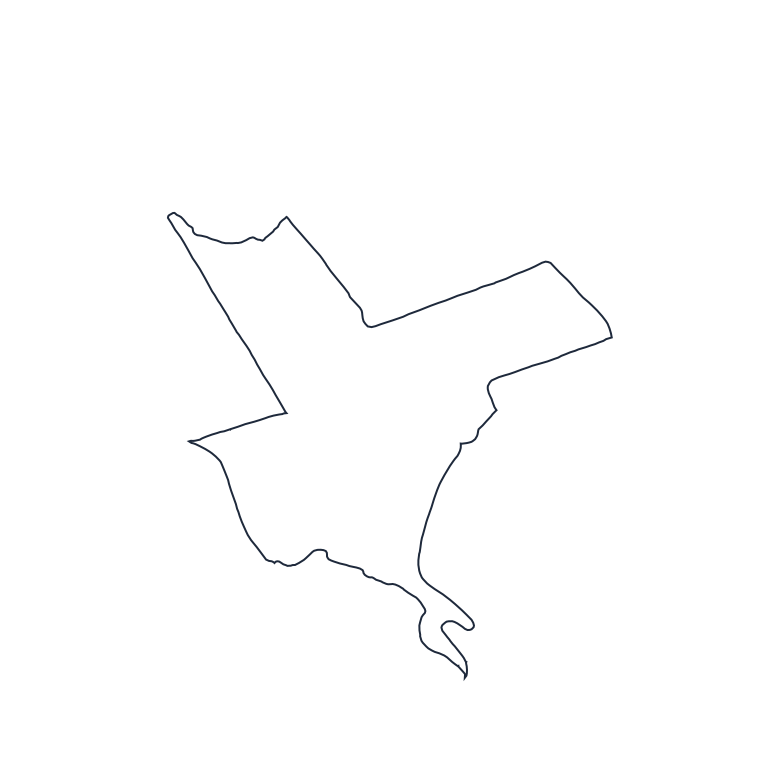 La Ressource, Dennery, Saint Lucia, rotated 137°
{"feature_id": "8701671B86453873223968", "entity_name": "La Ressource", "entity_type": "district", "adm_level": 2, "iso_a3": "LCA", "parent_name": "Saint Lucia", "parent_adm1": "Dennery", "projection": "robinson", "projection_center": [-60.915, 13.943], "detail": "fine", "context": "isolated", "style": "outline", "palette": "slate", "viewbox_px": 768, "rotation_deg": 137, "n_neighbors": 0, "source": "geoboundaries", "source_scale": "gbopen_adm2", "svg_char_len": 5746}
<svg xmlns="http://www.w3.org/2000/svg" viewBox="0 0 768 768"><g transform="rotate(137 384 384)"><path d="M319.6,288.1L319.4,289.5L319.0,291.7L317.2,296.1L315.5,299.8L314.8,302.2L313.6,305.8L311.7,309.3L310.7,310.5L309.4,311.7L307.2,312.4L305.4,313.0L302.9,313.2L299.9,312.2L295.4,310.7L290.2,308.2L285.5,305.8L280.1,303.4L273.3,300.6L266.9,297.7L263.1,296.2L256.5,292.8L249.0,289.0L241.7,285.9L238.6,284.5L235.0,283.6L230.8,281.9L226.0,280.1L221.5,277.9L218.2,276.7L211.1,273.2L206.5,271.2L202.4,269.2L198.2,267.7L194.1,265.9L190.9,265.3L185.7,262.7L184.9,264.0L183.5,266.2L181.2,270.8L179.4,275.5L178.8,278.6L178.2,284.7L178.0,292.4L178.3,299.7L178.6,304.0L179.5,311.6L179.5,317.6L179.1,323.4L178.8,330.8L178.9,336.0L179.2,340.3L179.5,345.6L179.6,352.2L179.6,356.7L179.6,358.9L180.8,361.3L182.4,363.3L185.7,364.9L193.2,367.0L199.0,368.9L206.1,371.6L209.8,373.2L214.8,375.1L217.7,376.0L223.0,377.7L229.2,380.4L233.3,382.2L234.5,382.3L240.0,385.1L244.8,387.6L247.7,388.8L252.5,390.2L260.4,393.8L266.3,396.6L270.1,398.4L274.3,400.0L282.0,403.0L288.7,406.1L296.5,409.4L308.1,413.9L318.4,418.3L324.1,420.1L334.2,424.6L341.9,428.2L345.5,429.9L350.8,432.1L354.3,434.1L356.6,437.2L356.6,440.7L356.2,443.7L354.7,446.6L352.9,449.1L351.3,451.2L350.3,453.0L349.6,456.2L349.6,463.9L349.6,470.6L349.2,471.8L348.1,474.5L347.3,482.4L346.6,494.1L346.0,503.0L345.4,507.1L344.9,510.6L344.6,511.5L343.7,517.6L343.3,521.2L343.2,523.5L343.1,531.1L342.9,535.9L342.7,542.6L342.4,550.6L342.3,556.1L342.1,562.6L341.7,566.9L341.4,568.5L341.2,572.0L341.4,572.7L343.2,572.6L346.7,573.0L350.0,572.9L354.6,571.3L358.9,571.7L361.1,571.1L368.7,571.5L370.1,571.7L371.8,571.7L372.8,571.3L375.2,571.7L376.4,574.0L377.8,575.6L378.7,577.7L379.1,579.3L379.9,580.7L382.8,582.3L386.7,583.2L391.8,584.9L394.7,586.7L395.5,587.6L399.0,590.4L402.6,593.9L403.9,595.1L406.0,598.0L408.3,602.8L410.9,606.9L412.1,609.3L413.3,612.3L416.6,617.2L419.1,620.2L420.0,622.7L419.9,624.9L419.3,626.2L417.7,628.5L417.8,630.2L418.8,633.1L418.9,635.3L418.5,641.1L418.6,644.5L419.1,646.3L420.2,649.0L420.4,651.4L420.6,652.1L421.8,653.0L426.0,654.0L427.3,653.9L428.7,652.9L429.3,649.9L429.8,646.7L431.6,639.1L432.0,635.0L432.6,630.1L433.9,623.8L435.9,615.5L438.2,606.5L439.0,601.0L440.3,593.6L442.8,583.2L445.0,574.7L446.5,569.0L447.2,564.4L448.7,557.7L449.1,554.5L450.5,547.6L451.0,544.9L452.1,539.5L453.1,536.7L454.1,531.8L455.8,524.2L456.3,522.4L456.5,519.0L457.5,513.6L458.6,505.5L459.6,499.9L460.9,495.5L462.0,489.9L463.5,484.8L464.6,479.7L466.3,472.9L467.0,468.7L468.1,461.6L469.4,455.4L470.8,449.8L472.6,441.6L474.2,434.7L475.1,430.9L475.2,429.2L477.5,430.9L478.8,431.3L481.5,433.2L486.3,436.2L490.9,438.6L494.0,439.9L499.5,442.4L504.6,444.9L512.9,449.3L520.1,452.4L527.1,455.7L527.5,455.5L527.8,456.0L533.1,458.4L536.5,460.6L539.4,461.9L544.2,464.3L549.8,466.7L552.7,467.8L554.8,468.5L556.6,468.8L557.2,469.2L560.9,471.4L562.5,472.6L563.9,474.1L565.7,475.0L565.0,472.2L563.9,470.6L562.8,468.5L561.0,463.9L559.1,458.5L557.7,453.5L557.1,450.6L556.5,445.6L556.4,440.2L556.6,438.2L557.7,435.1L559.8,429.5L561.7,424.6L563.5,420.1L565.4,416.8L567.3,412.9L568.5,410.4L571.1,404.4L574.2,397.2L576.5,393.0L577.8,389.6L579.7,385.7L581.9,380.4L583.6,375.6L585.4,370.3L586.6,366.5L587.7,360.5L588.0,356.4L588.3,351.5L589.0,344.9L590.0,336.0L589.6,335.1L588.8,333.1L587.0,330.9L586.1,328.5L586.2,327.8L584.2,327.8L583.4,327.4L582.6,326.8L581.7,325.5L581.1,323.1L580.6,320.8L579.1,318.0L578.7,316.9L577.5,315.9L576.1,314.7L574.3,313.9L572.5,312.3L571.0,311.9L568.2,311.1L562.6,310.0L560.0,309.9L554.6,309.9L550.8,310.0L548.8,309.7L545.8,308.1L543.3,305.9L541.5,303.7L540.5,301.5L540.9,299.6L541.8,298.4L543.3,296.7L543.7,295.6L544.0,293.6L543.0,290.9L541.7,288.3L538.7,282.9L535.0,277.4L533.5,274.5L531.2,271.2L529.4,268.7L527.5,265.5L526.6,262.5L527.0,261.1L527.9,259.7L528.2,257.6L527.7,255.1L526.9,253.2L526.0,252.0L524.7,250.9L524.0,249.4L523.3,246.2L522.0,243.9L520.5,241.1L520.4,240.2L518.7,236.4L517.8,235.0L517.0,234.2L515.2,232.7L514.1,231.9L512.5,229.6L511.0,226.2L509.6,221.1L509.7,220.1L509.0,216.6L508.7,215.0L507.2,209.4L506.1,205.9L506.0,203.4L506.2,199.2L507.0,195.0L507.6,191.7L508.6,189.7L510.2,188.7L513.3,188.4L515.6,187.8L520.1,185.1L522.8,183.3L526.1,179.6L528.6,175.8L529.6,174.9L531.7,170.7L532.1,168.4L532.1,163.2L531.9,160.4L530.7,156.4L529.6,153.5L527.2,149.3L525.1,144.4L524.3,141.1L523.7,134.2L523.1,130.6L522.4,127.1L521.9,127.0L522.3,126.4L522.4,119.9L522.5,117.4L522.7,116.4L525.3,114.0L522.6,114.5L520.7,115.9L518.3,118.3L516.0,121.2L514.8,123.2L513.9,124.5L513.4,124.6L513.6,125.2L512.5,129.1L512.1,131.9L511.7,136.5L511.5,138.9L511.1,143.9L511.1,146.9L510.8,150.6L510.5,152.4L510.3,156.1L510.1,157.8L509.7,162.7L509.6,163.8L508.1,166.7L506.8,167.5L505.5,167.9L502.6,167.8L501.5,167.7L500.3,167.5L498.6,166.4L495.9,164.0L494.7,161.9L493.6,158.9L492.2,152.8L491.8,149.7L490.7,147.1L488.9,145.6L487.2,144.9L484.4,145.0L482.9,146.0L481.6,148.5L480.8,151.8L481.0,159.1L481.3,165.4L482.1,174.5L482.9,181.1L484.4,190.0L486.8,199.5L488.0,205.4L488.5,208.7L488.5,214.6L488.3,216.7L486.8,220.9L485.5,223.5L482.2,228.3L479.0,231.7L474.1,235.8L472.5,236.7L469.0,239.5L464.4,243.3L461.2,245.6L458.2,247.3L451.9,251.2L447.3,254.1L443.5,256.2L439.9,258.0L438.3,258.9L434.0,261.1L432.2,262.1L430.0,263.4L425.1,266.2L420.3,268.7L417.4,270.2L412.0,272.7L409.3,273.7L405.4,275.0L401.8,276.2L396.9,277.6L391.7,279.1L385.7,280.4L382.9,280.9L379.3,281.3L376.9,282.1L374.0,283.3L371.4,285.0L369.5,286.9L368.5,288.1L367.7,287.2L364.0,284.5L362.0,283.3L359.4,282.0L357.6,281.7L355.0,281.5L353.5,281.9L351.5,282.5L350.0,283.3L348.5,284.4L346.7,285.8L345.6,286.4L340.3,286.4L339.0,286.5L334.8,286.9L327.7,287.4L325.3,287.9L320.4,288.1L319.6,288.1Z" fill="none" stroke="#1e293b" stroke-width="2"/></g></svg>